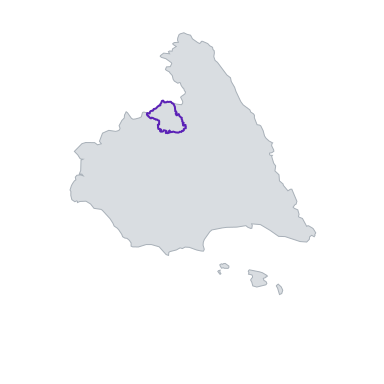 Spain, with Salamanca highlighted, rotated 54°
{"feature_id": "ESP-5841", "entity_name": "Salamanca", "entity_type": "Autonomous Community", "adm_level": 1, "iso_a3": "ESP", "parent_name": "Spain", "parent_adm1": "", "projection": "albers", "projection_center": [-6.114, 40.774], "detail": "fine", "context": "in_parent", "style": "outline", "palette": "violet", "viewbox_px": 384, "rotation_deg": 54, "n_neighbors": 0, "source": "natural_earth", "source_scale": "10m", "svg_char_len": 6755}
<svg xmlns="http://www.w3.org/2000/svg" viewBox="0 0 384 384"><g transform="rotate(54 192 192)"><path d="M199.7,97.9L199.8,98.8L201.4,100.4L206.0,101.2L207.2,101.9L207.1,104.3L206.1,106.4L207.2,107.2L208.3,107.1L209.6,105.4L209.9,106.5L212.1,107.4L216.8,109.0L220.1,109.0L223.7,112.5L229.2,111.5L234.4,114.7L239.1,113.6L240.2,114.2L247.4,113.7L247.6,110.8L248.4,109.6L261.2,112.6L263.0,114.9L262.8,116.2L263.7,119.1L265.4,118.8L268.6,116.9L273.0,118.5L274.3,120.2L275.2,120.2L278.3,118.2L287.2,119.4L287.4,118.0L288.0,117.5L291.6,115.9L293.0,115.5L297.8,115.9L298.5,117.5L299.5,118.1L300.0,119.5L297.4,120.6L297.4,123.1L299.3,125.0L299.9,128.6L295.6,133.7L282.8,142.9L278.8,148.0L268.9,151.4L258.6,155.8L252.8,162.5L254.5,162.9L256.5,164.9L256.0,165.9L253.3,167.6L250.9,168.2L246.8,176.3L241.0,184.7L238.9,188.5L234.4,198.2L234.6,200.9L237.7,210.0L239.3,212.4L241.5,214.3L245.5,215.7L246.6,217.4L245.3,219.1L241.7,222.3L235.2,226.7L232.5,230.0L232.1,233.0L230.2,234.5L229.7,238.7L227.3,244.7L227.2,246.2L229.5,248.2L227.5,249.7L217.0,250.8L210.7,255.7L207.6,259.9L205.0,267.6L201.6,272.2L200.0,273.1L197.4,271.2L194.3,271.1L191.3,271.8L189.8,273.4L187.4,274.4L184.9,273.7L179.7,273.5L177.4,273.7L173.8,275.0L170.7,274.3L165.4,274.0L154.0,275.3L152.6,275.8L147.6,280.9L142.1,281.1L137.1,283.2L133.8,288.2L133.2,290.9L132.2,290.2L131.4,290.5L131.0,292.5L127.6,293.7L123.6,292.1L120.4,289.7L118.7,289.5L115.9,285.7L114.8,283.3L113.9,280.7L113.9,278.8L111.4,277.7L110.8,275.3L112.6,272.2L115.0,270.5L112.8,270.6L111.2,272.6L109.2,269.4L101.0,263.1L101.4,260.9L100.0,262.5L99.1,262.9L94.9,262.6L90.0,263.3L88.2,252.6L89.5,248.9L94.9,241.7L98.3,240.7L99.7,237.0L96.6,237.1L91.8,229.8L93.2,223.1L98.1,218.1L98.9,216.0L99.1,214.2L98.2,212.8L95.5,212.0L92.9,206.7L92.3,203.3L90.1,201.4L88.4,198.1L90.0,197.6L96.8,197.7L98.5,196.9L99.7,194.7L101.1,191.0L101.4,188.8L98.8,185.6L98.7,184.9L99.1,183.9L103.2,180.4L102.4,177.7L103.1,172.2L102.8,168.9L102.4,166.3L101.0,162.8L101.9,161.5L104.0,160.3L105.7,157.5L108.2,155.2L111.4,153.3L115.2,149.2L114.6,147.3L113.3,146.3L108.7,145.5L108.4,144.6L108.5,140.2L107.3,138.4L105.6,138.6L103.1,137.8L102.4,138.3L99.2,138.1L96.9,137.3L96.0,137.9L95.7,139.5L91.9,141.1L89.7,141.0L86.2,139.5L82.2,139.9L81.8,139.6L78.3,141.3L77.2,141.4L75.8,139.1L77.8,135.9L76.2,132.9L75.2,132.7L68.8,134.8L65.1,137.6L63.6,138.0L63.1,137.4L63.0,133.3L67.0,128.9L64.6,128.6L64.7,127.3L66.4,125.3L64.8,123.7L65.0,119.2L61.5,120.6L60.6,120.3L60.7,118.5L62.9,115.0L60.7,114.5L59.1,113.1L57.1,110.1L57.1,108.6L58.4,105.0L61.4,103.4L64.3,101.0L68.3,101.6L74.3,99.6L76.3,98.6L76.3,97.1L75.6,95.9L76.3,94.9L81.2,92.0L84.1,91.7L87.0,90.3L89.0,91.3L90.7,91.0L92.7,92.2L95.3,94.8L99.1,96.0L102.1,95.2L117.8,95.0L122.2,93.7L125.7,95.3L132.4,96.0L136.4,97.3L147.5,99.4L151.6,99.4L159.6,96.9L161.8,97.5L165.0,96.3L166.6,96.4L168.6,97.9L175.8,99.8L177.6,98.0L179.0,97.5L184.2,98.4L189.4,100.4L192.1,100.5L196.0,99.7L199.7,97.9ZM303.8,185.1L305.9,185.8L307.8,184.8L308.9,184.9L310.0,185.2L310.5,186.8L307.0,195.4L303.7,198.0L300.0,196.6L298.0,196.4L297.3,195.8L296.6,193.2L295.6,192.5L294.2,192.3L291.7,194.6L290.7,193.3L289.4,193.2L288.8,192.4L288.7,191.3L296.4,184.2L298.7,182.5L303.6,180.4L304.4,180.5L303.8,181.6L304.6,182.4L303.8,185.1ZM326.9,179.1L326.4,181.5L319.9,179.2L317.8,179.1L317.3,178.7L317.2,176.4L321.3,175.6L324.8,176.3L326.9,179.1ZM271.6,211.2L271.0,212.9L267.9,212.6L267.1,212.0L267.6,210.1L268.5,209.8L268.5,208.5L269.3,207.1L273.6,205.7L274.7,206.5L275.0,207.7L272.6,210.8L271.6,211.2ZM275.2,217.4L274.8,217.8L271.4,217.8L271.2,216.7L271.8,215.2L273.1,216.5L275.1,216.6L275.2,217.4Z" fill="#d9dde1" stroke="#a8b0b8" stroke-width="1"/><path d="M101.9,182.0L101.9,181.8L102.0,181.6L103.0,180.8L103.2,180.7L103.5,180.0L102.8,179.4L102.4,178.6L102.3,177.8L102.6,176.8L103.1,176.2L103.2,175.9L103.1,175.4L102.9,175.0L102.6,174.8L102.5,174.5L102.4,174.1L102.6,173.7L103.0,172.8L103.2,172.4L103.2,172.1L103.1,171.6L103.0,170.7L102.7,169.8L102.7,169.5L102.7,169.0L102.7,168.7L102.8,168.6L102.8,168.4L102.8,168.1L102.7,168.0L102.8,167.3L103.1,167.2L103.2,166.9L103.1,166.5L102.9,166.4L102.6,166.3L102.4,166.1L102.2,165.5L101.8,164.4L101.6,164.0L100.9,163.3L100.7,163.0L100.7,162.7L100.9,162.3L101.0,161.8L101.4,161.6L102.6,161.7L103.2,161.7L103.5,161.4L104.2,160.2L104.4,159.8L104.4,159.1L104.4,158.9L104.7,158.6L105.4,158.0L105.5,157.8L105.7,157.4L106.4,156.3L106.6,156.1L107.0,156.0L108.3,156.0L108.4,155.9L109.6,155.4L109.9,155.2L113.0,155.8L116.8,158.0L117.2,157.6L118.3,157.7L118.8,157.9L118.9,158.0L118.9,158.4L118.8,158.7L118.8,158.8L119.2,159.2L119.4,159.2L119.6,159.2L119.8,158.9L120.0,158.9L120.1,159.0L120.2,159.3L120.4,159.4L120.7,159.4L121.0,159.2L121.1,158.9L121.1,158.7L121.0,158.4L121.0,157.8L121.0,157.3L121.2,157.0L121.6,157.0L123.1,157.5L125.1,157.1L125.8,156.7L126.1,156.7L126.7,157.4L127.1,157.6L128.3,157.7L129.3,158.5L131.1,158.2L131.2,159.2L131.3,159.3L132.0,159.3L132.5,159.9L132.7,160.0L132.9,160.0L133.1,160.0L133.2,159.9L133.3,159.8L133.4,159.6L133.5,158.3L134.0,157.9L134.3,158.0L134.6,158.4L134.8,158.6L135.0,158.7L135.5,158.6L136.7,159.6L136.3,160.4L136.2,160.9L136.3,161.7L136.4,161.9L136.5,162.0L136.9,162.0L137.0,162.1L137.2,162.3L137.2,162.5L137.3,163.0L137.3,163.4L137.2,163.7L136.7,164.3L137.1,165.3L136.1,166.5L136.1,167.5L136.1,167.8L135.7,168.5L135.0,169.1L134.5,169.9L132.1,171.7L131.7,173.1L131.1,173.6L130.4,174.0L129.2,174.1L129.2,175.0L130.7,175.0L130.2,176.8L130.1,177.1L129.8,177.3L129.1,177.4L129.2,178.1L129.0,178.4L128.7,178.4L128.4,178.2L128.0,177.6L127.9,177.1L127.6,177.0L127.1,177.1L125.7,178.3L125.5,178.5L125.6,178.8L125.8,179.3L125.9,179.7L125.9,180.0L125.8,180.3L124.9,181.7L124.2,182.0L123.8,181.9L123.6,181.8L123.6,181.7L123.8,181.3L123.8,181.2L123.8,180.9L123.7,180.7L123.5,180.4L123.3,180.4L123.2,180.5L122.7,180.7L122.1,180.9L121.9,181.0L121.7,181.3L121.6,181.6L121.5,181.8L121.4,182.0L121.2,182.1L120.9,182.0L120.4,181.8L119.7,181.5L119.4,181.3L119.2,181.1L119.0,180.8L118.5,180.6L117.8,180.3L117.6,180.1L117.7,179.8L117.7,179.6L117.8,179.5L117.8,179.4L117.9,179.2L118.0,179.0L118.0,178.9L117.9,178.8L117.5,178.7L117.3,178.5L117.1,178.4L117.1,178.2L116.7,177.9L116.2,177.5L116.0,177.3L115.3,176.9L114.9,176.8L114.7,176.8L114.5,177.0L113.8,177.5L113.6,177.6L113.3,177.6L113.0,177.7L112.7,177.8L112.6,178.0L112.4,178.1L112.3,178.3L112.3,178.5L112.2,178.7L112.0,178.8L111.4,178.9L111.2,179.0L110.6,179.6L109.8,179.8L109.7,179.9L109.2,180.1L108.5,180.7L108.3,180.8L108.2,181.0L108.3,181.5L108.3,181.9L108.1,182.0L107.7,182.3L106.3,182.5L106.0,182.6L105.8,182.7L105.6,182.8L105.4,182.8L105.0,182.6L104.9,182.6L104.2,183.0L103.8,182.9L103.7,182.9L103.3,183.0L103.1,183.0L102.9,182.9L102.7,182.8L102.5,182.7L102.1,182.2L101.9,182.0Z" fill="none" stroke="#5b21b6" stroke-width="2"/></g></svg>